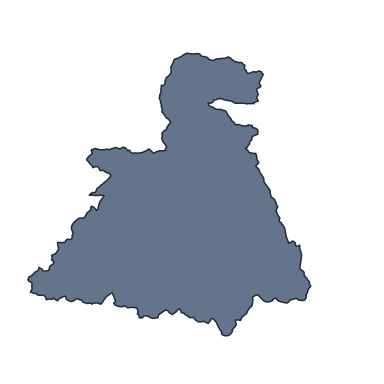 Ambo, Huánuco, Peru (Albers equal-area conic projection), rotated 104°
{"feature_id": "86281439B62958263432420", "entity_name": "Ambo", "entity_type": "district", "adm_level": 2, "iso_a3": "PER", "parent_name": "Peru", "parent_adm1": "Huánuco", "projection": "albers", "projection_center": [-76.249, -10.223], "detail": "fine", "context": "isolated", "style": "filled", "palette": "slate", "viewbox_px": 384, "rotation_deg": 104, "n_neighbors": 0, "source": "geoboundaries", "source_scale": "gbopen_adm2", "svg_char_len": 6024}
<svg xmlns="http://www.w3.org/2000/svg" viewBox="0 0 384 384"><g transform="rotate(104 192 192)"><path d="M270.0,57.0L268.2,56.0L266.9,55.7L265.5,55.8L264.5,56.5L262.1,55.8L258.3,55.7L255.5,54.3L254.3,54.1L253.2,55.5L250.8,56.4L250.4,56.9L249.2,58.6L248.0,59.5L247.6,60.5L245.6,63.0L242.9,63.8L241.9,65.0L240.8,68.2L240.4,68.5L239.5,69.0L227.1,70.2L223.2,72.1L221.8,73.4L217.7,74.7L218.9,76.1L219.3,77.9L218.1,78.9L216.3,79.6L215.5,81.1L215.3,82.5L215.6,83.1L217.1,84.1L218.1,85.7L212.5,89.8L204.3,93.5L200.0,98.5L199.5,100.0L199.0,100.5L196.2,100.4L192.9,103.8L190.0,105.8L188.0,105.8L185.6,105.2L184.3,106.7L182.2,107.7L179.8,109.9L179.1,110.2L177.5,114.1L174.4,115.7L171.7,116.5L164.8,124.6L161.2,125.8L158.0,129.1L157.0,130.6L154.0,132.4L151.5,136.5L147.5,134.2L145.0,136.8L142.7,137.5L139.3,139.3L139.1,139.8L139.6,140.8L139.9,146.0L138.0,148.1L136.9,150.5L135.4,149.3L133.1,148.7L131.3,147.6L129.7,148.4L127.2,146.7L124.5,147.0L123.5,146.6L121.7,144.8L120.2,142.2L116.2,142.9L114.8,145.0L114.7,148.9L112.9,149.7L113.3,151.4L113.2,153.5L114.8,155.4L115.3,156.8L115.5,160.0L115.2,163.1L116.0,165.3L115.9,166.6L114.7,167.5L113.0,171.0L111.1,172.2L110.3,174.0L105.2,178.9L105.0,180.4L105.3,181.9L104.9,183.9L105.9,188.4L105.4,190.7L104.7,192.2L104.8,193.0L104.1,196.1L103.7,196.7L101.9,197.8L101.8,196.3L100.6,194.2L99.3,193.3L97.4,193.0L96.9,191.3L95.3,189.5L94.8,187.5L94.2,186.8L94.8,183.3L94.3,175.8L95.5,171.5L93.7,164.7L93.3,164.2L93.3,160.3L92.4,158.3L92.3,156.7L91.3,154.3L91.3,153.4L90.3,153.3L87.6,149.7L85.4,151.7L83.9,152.2L82.1,151.4L81.1,151.5L77.0,154.2L76.0,153.9L74.3,151.7L72.9,150.7L71.7,151.3L71.0,152.6L70.0,153.3L61.1,151.4L60.4,151.5L59.8,152.8L58.7,153.5L58.3,156.4L60.3,158.9L60.3,161.3L63.0,165.2L63.4,166.8L62.6,167.8L60.6,169.1L60.6,170.1L60.0,170.8L58.8,171.2L56.2,171.4L55.9,172.8L54.5,174.7L54.3,175.8L55.3,178.5L54.8,180.0L55.2,182.0L54.2,183.8L53.5,186.3L52.6,186.9L52.2,189.7L53.7,191.1L57.2,201.0L59.2,202.9L59.4,206.8L58.9,208.1L57.8,209.3L57.5,212.6L57.9,214.4L57.7,216.4L56.6,217.3L56.2,218.2L56.3,220.1L57.9,224.5L58.6,230.6L62.0,234.4L63.6,235.2L64.0,236.6L65.4,237.4L66.4,239.7L67.9,241.3L72.2,241.8L75.6,242.8L78.0,241.9L81.5,241.3L84.8,242.5L87.0,244.4L89.0,245.0L89.7,244.7L91.2,245.0L92.5,244.5L94.6,244.9L95.3,245.3L96.0,246.8L95.9,247.5L97.5,247.3L97.9,247.0L99.8,247.0L103.1,246.2L105.6,246.8L106.6,246.4L108.4,246.5L109.3,246.3L110.4,245.2L113.0,244.0L114.4,242.9L116.5,242.5L119.3,240.6L120.8,240.9L121.8,240.4L122.0,239.5L125.5,235.7L126.5,234.4L127.1,232.6L129.3,229.5L133.5,231.4L136.6,232.1L137.1,231.9L138.5,232.5L139.0,233.7L142.0,235.3L144.6,234.5L147.1,234.3L148.5,233.7L151.0,231.7L151.2,230.9L154.0,227.7L157.2,228.2L158.1,227.8L159.4,230.9L159.6,233.0L161.2,235.7L163.7,238.8L160.9,243.5L161.0,244.8L162.9,246.1L165.9,250.1L167.6,254.2L167.7,256.3L168.7,258.5L168.1,261.9L166.7,262.4L166.7,263.5L167.4,264.6L165.4,266.8L165.1,269.5L165.6,270.5L167.2,271.5L167.6,274.7L167.1,276.5L171.1,283.1L171.1,285.5L171.7,286.2L173.4,291.6L173.0,295.8L173.7,297.4L174.8,298.3L175.1,299.7L176.5,299.6L179.2,298.1L182.1,300.6L185.6,302.1L186.4,301.9L187.5,299.9L189.3,297.8L190.7,295.3L192.3,294.0L191.3,292.8L190.3,290.4L190.4,289.5L190.6,288.8L193.4,286.4L192.5,283.1L193.4,281.5L194.2,276.4L195.3,274.9L196.9,275.0L202.0,277.7L203.9,279.5L205.3,280.1L207.8,282.4L209.6,283.3L211.5,284.9L212.8,285.3L214.3,285.3L216.2,286.1L216.3,287.6L216.8,288.7L219.4,290.8L219.9,290.8L220.0,290.3L219.0,287.4L218.9,285.1L217.0,278.8L216.9,276.5L218.3,276.8L221.3,278.2L223.6,279.0L226.4,279.3L231.2,279.2L232.9,280.2L230.5,283.6L230.2,286.1L231.5,286.4L234.0,286.1L237.3,288.6L242.4,290.0L243.5,291.1L244.7,295.1L245.4,296.0L249.9,299.1L252.8,300.3L254.2,300.5L256.7,300.1L261.1,297.3L263.3,297.8L264.9,297.2L266.4,297.5L267.6,298.6L267.9,301.3L269.5,302.8L271.1,302.9L271.7,303.5L272.9,307.0L273.1,309.5L273.6,310.1L274.0,310.2L279.7,307.6L285.2,309.6L286.7,312.2L287.8,312.8L289.2,311.8L291.8,311.9L293.0,309.4L294.2,309.2L295.6,309.3L297.8,311.7L298.5,312.0L302.4,312.0L303.4,313.2L304.6,315.9L304.3,317.7L303.2,318.5L302.3,322.2L304.5,322.1L305.6,322.4L307.6,324.9L310.8,326.6L312.6,328.0L313.9,329.7L316.7,329.9L317.8,329.1L318.5,326.3L319.5,324.9L321.7,324.9L324.2,323.7L325.8,323.9L327.0,324.4L328.4,324.4L328.2,323.0L328.7,320.8L328.1,318.4L329.1,317.4L329.3,316.1L328.1,310.6L329.8,308.2L331.8,307.4L330.3,304.5L330.1,302.1L328.3,300.7L329.5,299.1L330.0,296.0L327.8,295.3L323.7,290.3L324.4,289.3L325.3,288.9L326.8,287.4L327.6,283.5L327.4,282.2L326.5,280.9L323.1,277.6L323.8,275.9L323.5,274.8L323.8,272.7L325.5,270.8L325.3,268.5L325.6,267.0L324.6,264.3L324.6,262.7L325.0,261.9L323.9,260.9L322.6,257.8L322.9,253.4L321.9,252.6L314.7,250.1L310.0,246.2L309.2,245.1L312.1,242.7L314.5,241.3L316.0,239.8L317.7,240.0L318.5,241.0L319.3,240.6L320.2,239.5L320.8,235.7L320.3,231.9L318.7,229.6L319.9,226.3L318.6,223.0L318.0,220.2L318.2,218.0L318.8,216.7L319.5,216.2L321.6,215.3L323.5,215.5L324.3,213.6L326.5,213.0L326.7,211.9L326.5,210.7L326.0,209.9L325.2,209.2L324.2,209.0L323.2,206.8L323.0,205.0L323.6,203.6L324.2,199.6L322.4,195.0L321.6,194.6L319.5,194.7L318.0,194.0L316.5,192.1L315.5,191.5L312.9,188.9L312.7,187.2L314.8,184.5L315.6,181.3L312.2,178.5L309.0,176.8L308.5,176.0L308.6,175.3L311.7,173.1L311.5,170.4L312.8,168.6L313.3,166.3L314.5,163.8L313.4,160.7L313.8,159.6L315.5,157.3L316.4,154.8L315.9,151.9L314.6,149.3L315.6,144.7L314.1,143.7L310.5,142.6L309.8,141.5L310.1,140.2L312.8,136.7L317.1,133.3L320.6,129.5L322.9,128.6L323.5,126.7L323.4,124.5L322.3,121.6L319.2,119.5L316.9,119.0L315.9,119.7L312.9,118.0L310.1,116.9L309.5,117.0L308.0,118.2L305.7,118.8L304.9,116.2L305.0,114.0L301.0,113.0L296.7,109.7L293.7,109.2L291.3,108.3L287.7,106.2L281.6,106.8L280.5,107.9L278.7,107.3L276.8,105.2L276.1,103.6L276.1,102.9L280.0,96.6L280.7,94.2L280.6,93.1L280.0,90.8L278.3,88.0L276.3,87.1L275.0,85.6L274.9,84.4L276.3,83.0L276.8,81.7L277.1,76.7L276.8,73.1L276.1,72.2L273.1,70.6L270.3,65.8L270.2,64.3L271.1,62.6L270.6,58.6L270.0,57.0Z" fill="#64748b" stroke="#1e293b" stroke-width="1.5"/></g></svg>